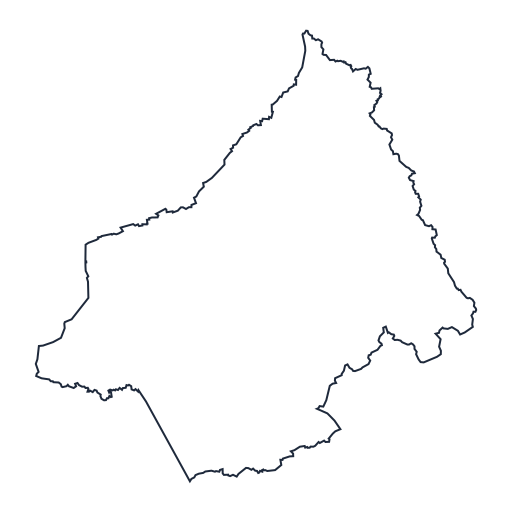 outline of Banphot Phisai, Nakhon Sawan, Thailand
{"feature_id": "78962969B36758461093431", "entity_name": "Banphot Phisai", "entity_type": "district", "adm_level": 2, "iso_a3": "THA", "parent_name": "Thailand", "parent_adm1": "Nakhon Sawan", "projection": "albers", "projection_center": [100.023, 16.015], "detail": "fine", "context": "isolated", "style": "outline", "palette": "slate", "viewbox_px": 512, "rotation_deg": 0, "n_neighbors": 0, "source": "geoboundaries", "source_scale": "gbopen_adm2", "svg_char_len": 5990}
<svg xmlns="http://www.w3.org/2000/svg" viewBox="0 0 512 512"><path d="M414.8,173.2L414.0,171.5L411.3,170.5L408.7,167.9L406.2,166.9L399.5,160.9L398.9,155.6L397.9,154.1L396.2,153.7L393.4,154.2L392.9,151.2L391.1,149.5L389.4,144.5L392.3,139.7L391.0,137.2L392.0,135.1L391.7,133.4L387.1,130.5L386.7,128.9L383.7,128.6L382.4,129.1L380.8,128.3L379.4,126.4L378.7,126.5L377.6,124.7L374.8,122.7L374.0,119.9L369.9,115.9L370.4,114.7L369.6,113.4L371.9,112.5L374.1,110.3L373.9,107.1L374.8,106.7L374.3,105.1L376.5,103.5L377.2,102.2L376.5,100.8L377.9,100.4L377.7,99.3L379.1,98.5L379.8,96.4L380.6,96.9L381.1,96.4L380.5,95.1L381.5,94.2L380.0,92.9L380.6,90.8L380.3,88.3L379.3,89.0L378.2,88.3L371.7,88.8L371.1,87.4L369.7,86.8L370.6,82.7L367.5,79.6L368.8,77.1L368.9,74.6L370.7,73.8L369.4,68.4L367.9,66.9L365.7,68.7L364.0,68.3L357.5,69.8L355.7,69.0L353.0,71.4L352.0,68.9L351.2,68.4L350.7,66.9L351.3,66.2L350.6,64.9L349.3,65.2L346.1,63.7L345.5,62.2L344.2,62.6L343.7,61.4L342.8,61.8L340.7,60.8L338.0,61.2L337.3,60.7L335.5,61.5L334.1,59.8L329.9,60.1L326.1,55.0L323.5,54.8L322.5,54.0L323.4,49.4L321.4,47.1L321.4,44.2L322.1,42.7L321.6,41.5L318.1,39.3L315.9,40.2L313.8,38.5L312.3,38.5L312.0,35.6L310.5,35.3L308.5,33.7L307.6,30.9L306.1,30.7L304.4,33.5L303.0,33.5L302.5,34.6L305.1,46.6L305.3,50.8L302.2,67.4L298.9,72.9L298.0,76.0L295.6,77.5L295.1,79.7L296.2,79.9L296.1,84.7L293.8,84.4L293.6,85.8L289.0,88.4L287.7,91.4L283.2,92.5L281.5,97.0L279.8,96.5L277.0,100.9L272.8,104.5L271.7,104.7L271.9,111.7L272.9,111.8L271.3,117.8L269.1,116.9L268.9,119.2L262.7,118.7L262.1,121.2L260.2,120.9L260.9,125.1L258.0,125.3L256.4,124.0L253.2,125.3L253.0,126.0L250.3,127.2L250.7,127.9L248.4,129.7L249.2,130.8L247.0,132.5L242.4,134.0L243.0,136.0L240.7,137.3L236.3,144.3L233.0,145.4L233.1,147.7L230.6,149.0L232.0,151.2L229.9,152.8L224.3,159.9L224.5,164.6L211.9,177.9L206.3,181.9L203.1,183.0L203.8,186.7L199.0,191.4L196.3,196.5L194.0,197.7L196.0,203.2L191.5,204.9L191.4,207.2L188.9,207.2L186.0,209.0L182.9,207.3L180.8,207.4L177.8,210.7L172.8,212.5L172.6,211.3L166.7,212.2L166.3,209.6L165.4,208.8L156.1,213.8L158.4,215.4L157.6,217.4L151.9,217.5L149.1,218.2L149.3,219.6L146.9,219.8L147.5,223.6L146.9,223.6L146.8,224.4L142.4,224.2L142.4,225.5L139.0,226.1L138.0,224.3L135.2,225.6L133.2,224.1L120.6,227.6L122.9,231.2L118.6,233.5L116.3,234.3L113.7,233.7L112.0,234.6L111.5,234.0L101.5,236.1L101.1,236.8L98.0,237.3L98.4,238.6L96.3,239.9L88.5,242.8L85.6,244.7L85.4,261.1L86.2,261.3L86.3,262.5L85.4,262.8L85.5,267.1L85.7,270.9L88.3,276.3L86.9,277.9L88.0,281.7L88.4,297.9L71.6,319.3L64.8,322.1L64.3,323.6L64.7,328.2L61.0,337.8L53.1,342.1L43.0,345.6L38.9,346.0L37.4,359.3L35.8,363.9L38.6,371.9L36.8,373.7L36.2,376.0L41.6,378.3L49.2,379.4L50.7,381.2L52.9,381.3L53.4,382.2L58.7,382.5L60.8,384.2L61.6,386.6L62.6,387.1L66.5,386.2L67.8,384.8L69.0,386.3L73.7,388.0L76.1,386.3L75.1,383.8L77.5,383.0L79.0,385.1L82.1,386.7L84.4,386.6L85.5,388.0L87.8,387.8L88.4,388.9L87.5,391.7L89.0,391.7L90.0,390.6L92.7,392.1L94.5,389.9L96.6,390.6L97.4,392.5L100.7,394.6L100.4,396.1L101.5,398.8L104.1,400.3L106.0,400.1L107.0,398.2L108.4,398.3L109.4,396.0L110.8,397.1L111.7,396.8L111.0,392.1L110.2,391.7L109.2,392.6L108.4,390.6L110.1,389.6L112.7,390.4L113.7,389.7L115.1,390.4L115.9,389.3L118.0,390.0L119.6,387.9L122.0,389.8L122.8,388.1L125.7,387.8L126.5,385.1L128.0,385.5L129.0,384.8L131.2,386.2L131.6,389.4L134.1,390.4L135.5,389.1L138.1,391.6L138.5,390.2L146.0,401.5L189.9,481.3L191.4,478.9L194.3,477.4L195.5,475.1L198.8,473.7L203.2,472.9L205.3,471.5L211.4,470.7L215.0,471.7L216.0,471.1L219.3,471.7L220.0,469.9L222.6,469.1L222.7,473.4L223.9,474.9L228.1,474.7L228.2,475.4L230.1,476.1L233.0,474.8L236.7,476.6L238.5,473.9L246.0,467.9L248.3,468.1L251.4,469.8L253.1,468.6L255.2,470.7L257.0,470.9L258.2,473.0L259.2,472.6L260.0,470.9L262.1,471.6L261.9,470.2L263.3,469.5L263.9,470.4L265.2,470.1L267.3,471.0L275.1,470.1L281.3,465.0L280.4,459.8L282.5,459.9L282.9,458.6L289.7,456.4L293.2,456.2L293.1,453.6L290.9,451.3L294.4,450.2L299.9,446.7L304.7,446.0L305.2,447.6L307.2,447.0L307.6,447.8L309.7,447.7L310.6,446.6L313.4,446.7L315.2,445.8L318.6,442.0L319.8,443.0L324.1,440.6L325.5,442.0L329.1,441.8L329.5,439.3L328.7,438.6L332.8,433.6L335.3,431.3L340.4,429.2L334.5,420.6L327.4,413.4L317.0,408.8L318.4,408.2L319.6,406.1L323.3,406.6L326.3,400.2L329.8,385.8L332.6,383.7L336.1,383.0L334.9,380.6L335.1,378.2L341.7,375.2L341.7,373.9L343.9,370.7L345.1,365.5L347.5,364.4L349.5,367.8L352.1,369.3L353.1,370.9L355.0,371.1L361.1,368.9L362.5,367.4L368.5,364.1L370.2,360.6L368.2,357.8L368.7,355.3L370.7,354.7L371.5,352.6L377.5,349.8L380.4,345.9L381.9,345.2L381.5,343.7L379.3,342.0L378.5,340.4L379.9,336.3L383.8,332.4L383.2,327.8L385.8,326.6L387.9,332.9L388.8,332.3L391.3,334.2L393.8,334.6L394.3,335.9L392.8,338.5L394.7,340.0L397.5,339.8L400.6,340.6L402.1,342.2L407.3,344.5L409.1,344.5L411.2,343.3L413.0,344.4L414.5,346.3L414.5,348.9L416.7,351.8L416.1,354.2L418.6,359.4L420.6,362.1L423.7,362.4L437.0,356.8L440.8,354.2L440.9,350.8L439.1,346.7L440.6,339.2L435.6,333.7L439.0,332.8L439.5,330.5L442.6,327.6L443.5,328.4L447.8,328.9L451.9,327.1L457.9,330.8L460.1,334.5L464.7,332.5L472.8,326.9L472.2,324.6L472.9,319.0L471.4,315.5L473.0,313.4L473.5,311.7L475.4,311.8L476.2,310.0L475.9,308.6L473.9,306.1L474.4,302.7L472.6,299.8L469.8,297.9L468.0,298.3L466.6,297.8L461.4,291.7L460.5,289.8L458.7,290.1L457.7,288.6L456.8,288.6L455.0,285.7L454.0,282.1L448.3,273.3L447.8,268.6L444.2,263.7L444.1,262.7L445.0,261.8L444.7,259.7L441.3,258.0L440.6,254.7L436.5,251.6L436.3,249.1L434.9,247.2L435.1,245.2L433.6,243.8L431.8,238.5L432.1,237.6L434.8,237.7L435.3,236.4L436.8,235.1L435.6,229.5L432.4,229.2L432.5,226.9L431.1,225.2L429.0,226.2L425.1,225.1L422.9,220.2L421.7,219.8L419.1,216.0L417.1,215.0L418.4,213.9L420.1,209.9L419.8,207.7L421.4,205.8L420.1,201.7L420.7,199.6L418.3,197.3L419.1,196.4L418.2,193.8L415.7,193.8L415.1,192.3L415.5,191.0L413.8,189.6L412.6,186.0L414.1,184.2L413.3,182.7L413.6,181.1L410.1,180.1L408.8,177.7L409.7,176.2L411.3,175.4L412.0,173.7L414.8,173.2Z" fill="none" stroke="#1e293b" stroke-width="2"/></svg>